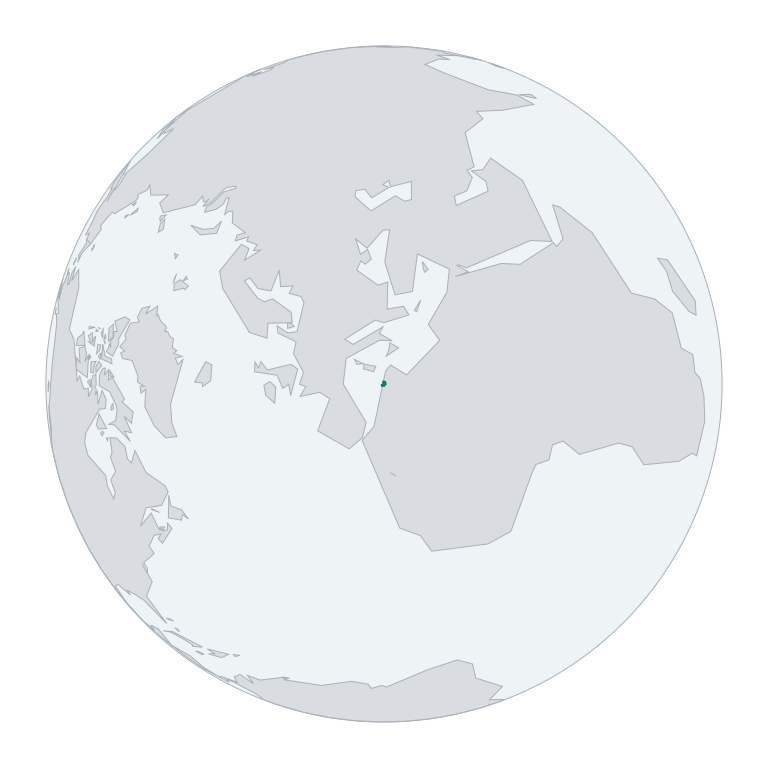 Skikda on an orthographic globe, rotated 293°
{"feature_id": "DZA-2166", "entity_name": "Skikda", "entity_type": "Province", "adm_level": 1, "iso_a3": "DZA", "parent_name": "Algeria", "parent_adm1": "", "projection": "orthographic", "projection_center": [6.827, 36.763], "detail": "fine", "context": "on_globe", "style": "filled", "palette": "teal", "viewbox_px": 768, "rotation_deg": 293, "n_neighbors": 0, "source": "natural_earth", "source_scale": "10m", "svg_char_len": 10995}
<svg xmlns="http://www.w3.org/2000/svg" viewBox="0 0 768 768"><g transform="rotate(293 384 384)"><circle cx="384" cy="384" r="338" fill="#eef3f6" stroke="#a8b0b8"/><path d="M193.6,104.9L215.3,92.9L206.3,98.3L213.3,95.0L225.1,88.4L231.1,85.0L271.5,71.2L311.8,59.1L320.6,55.1L321.7,56.8L335.9,50.2L355.3,47.4L335.7,51.0L335.5,51.9L349.9,49.6L352.7,50.2L361.3,49.7L363.5,50.9L351.9,53.9L353.1,54.9L363.2,53.4L371.7,54.3L356.7,56.2L370.1,58.2L353.2,65.5L311.3,73.0L304.1,81.1L266.9,100.4L272.5,100.8L262.0,109.5L264.5,113.5L256.9,116.8L265.5,117.3L272.0,113.6L278.0,112.8L280.1,115.1L270.7,119.4L268.3,118.8L266.6,121.3L261.0,122.6L265.0,123.3L253.4,128.7L267.9,127.0L261.1,134.3L252.6,137.1L249.7,132.0L222.7,128.6L213.2,131.3L202.7,139.3L190.9,163.7L182.0,169.2L172.6,180.2L179.2,178.9L188.9,170.0L198.9,171.0L209.5,160.9L215.2,160.2L227.6,152.6L229.7,159.2L225.1,170.1L214.8,177.1L212.5,182.4L225.5,180.7L209.6,199.5L204.6,222.7L200.1,227.5L185.3,226.7L177.0,213.3L157.9,215.5L174.3,220.0L162.6,233.3L162.4,238.4L165.4,241.6L171.4,239.1L168.2,245.3L150.8,242.3L153.4,236.6L158.9,237.3L154.9,231.5L143.1,231.1L138.1,238.7L125.6,232.6L121.8,238.2L117.0,240.5L123.8,231.7L111.4,247.9L95.8,248.3L78.6,277.6L91.2,247.3L93.0,237.2L93.7,228.4L90.7,232.9L95.6,217.3L93.1,215.5L81.9,233.2L72.0,254.5L67.5,269.0L70.9,263.6L70.4,271.9L60.6,290.4L58.0,311.9L52.4,329.7L50.3,345.0L51.5,351.3L52.0,365.4L55.8,360.5L60.5,364.8L57.0,381.1L62.4,372.2L63.1,385.8L74.6,405.8L72.8,407.9L82.0,444.1L97.8,470.6L101.4,486.5L98.9,491.5L105.7,499.8L105.9,504.6L138.0,535.8L158.6,559.3L160.9,574.9L149.2,583.3L151.9,611.2L134.5,604.5L139.0,613.9L140.6,618.4L123.5,599.3L108.0,578.9L94.0,557.5L81.7,535.0L71.1,511.7L62.4,487.6L55.4,463.0L50.4,437.8L47.3,412.4L47.0,408.5L46.4,396.9L48.7,387.1L50.9,362.2L50.8,354.6L49.0,358.0L51.5,328.7L56.1,306.9L66.7,267.8L76.6,243.6L88.5,220.2L102.1,197.7L117.4,176.4L134.3,156.4L152.7,137.7L172.5,120.5L193.6,104.9ZM73.5,286.1L70.9,319.8L67.6,310.0L69.1,309.7L70.8,299.0L72.2,284.3L70.6,277.1L73.5,286.1ZM83.1,279.7L83.2,275.2L83.8,278.5L83.1,279.7ZM233.4,83.6L225.0,88.3L213.4,94.5L219.9,90.3L233.4,83.6ZM256.0,73.9L253.0,75.8L245.4,78.0L249.5,76.2L256.0,73.9ZM326.3,52.6L319.0,54.3L325.1,52.6L326.3,52.6ZM362.1,49.5L363.3,49.0L367.3,49.1L362.1,49.5ZM225.6,149.6L226.5,151.1L223.8,151.7L225.6,149.6ZM230.1,145.1L226.2,144.8L227.7,142.6L230.1,142.9L230.1,145.1ZM374.2,51.1L380.2,51.8L372.1,51.6L374.2,51.1ZM234.6,146.1L231.0,138.9L233.8,135.3L245.3,133.3L234.6,146.1ZM382.4,52.5L397.1,55.0L401.0,53.8L398.4,59.2L386.8,54.9L376.1,54.5L382.4,53.7L382.4,52.5ZM273.2,111.6L266.3,115.5L270.1,110.2L273.2,111.6ZM274.1,108.4L277.1,94.9L288.2,90.8L284.9,95.8L297.8,89.4L301.7,93.9L295.6,98.5L287.6,100.1L295.2,100.7L274.1,108.4ZM394.6,62.3L396.5,63.6L392.3,62.9L394.6,62.3ZM280.6,112.1L280.2,109.5L289.9,105.6L292.4,110.2L288.5,109.9L280.6,112.1ZM299.2,85.7L306.8,84.0L312.1,87.1L315.7,86.9L302.8,93.7L299.2,85.7ZM287.4,112.0L293.4,112.7L290.8,116.8L281.7,114.5L287.4,112.0ZM291.3,102.8L296.0,101.3L294.2,103.6L291.3,102.8ZM285.0,132.6L284.3,128.9L289.2,126.5L285.0,132.6ZM295.9,112.8L296.7,111.4L298.6,110.2L302.0,111.6L295.9,112.8ZM307.4,95.6L308.0,97.5L313.0,93.0L317.2,95.6L307.7,99.8L313.6,99.1L314.9,99.9L305.7,102.5L307.4,95.6ZM311.0,109.5L300.5,116.5L300.7,123.4L296.3,125.7L296.8,114.2L311.0,109.5ZM308.7,105.1L309.1,108.2L303.4,109.1L299.6,107.6L308.7,105.1ZM323.4,96.0L319.4,90.9L321.6,90.2L323.4,96.0ZM312.2,111.3L314.7,109.6L312.9,111.6L312.2,111.3ZM321.2,100.3L319.5,98.5L322.0,97.7L321.2,100.3ZM321.1,108.0L317.7,110.1L315.0,109.0L321.1,108.0ZM322.1,104.3L326.0,103.7L316.1,107.3L320.9,103.6L322.1,104.3ZM323.9,99.9L324.8,98.9L324.2,100.8L323.9,99.9ZM333.3,111.5L321.5,116.2L315.6,113.5L327.8,109.2L333.3,111.5ZM620.9,143.0L626.3,148.5L618.0,140.5L619.0,142.5L613.0,137.2L623.8,149.4L615.7,142.5L628.1,156.2L632.6,159.0L626.1,150.2L640.3,166.1L644.4,168.8L650.9,176.7L666.8,199.0L680.8,222.4L689.3,239.8L691.9,245.3L691.4,245.7L698.1,262.6L703.6,274.2L713.5,308.9L712.2,310.0L717.2,332.2L718.4,335.1L719.9,347.0L719.2,342.1L718.7,342.0L715.0,323.6L707.3,304.0L708.4,318.2L704.7,307.8L694.2,296.8L693.8,317.0L695.6,365.1L701.9,393.4L699.9,412.6L682.4,386.3L671.1,362.6L666.9,371.4L647.1,360.4L619.1,382.1L613.2,377.0L608.4,384.7L594.1,384.6L584.4,375.3L576.6,380.7L602.1,404.5L610.2,398.8L614.3,381.2L620.1,391.3L633.6,393.9L625.5,432.0L580.9,483.1L573.4,462.9L523.1,414.5L522.9,406.7L522.5,406.0L521.7,404.6L520.3,417.9L510.6,407.5L540.8,444.9L547.3,462.5L580.3,484.7L578.0,489.4L587.6,492.1L614.8,469.2L615.6,476.5L604.7,516.5L564.3,576.3L568.0,600.0L562.1,621.6L533.1,643.7L531.8,656.7L516.2,665.6L512.7,672.9L498.1,683.1L475.1,693.8L440.0,699.9L440.8,694.9L427.9,685.4L411.2,654.7L423.2,636.9L421.3,623.1L395.6,591.3L401.5,571.2L393.8,562.9L378.5,565.5L369.3,555.3L359.8,555.0L297.9,558.4L277.4,542.1L248.7,493.2L258.6,476.8L257.5,454.8L323.5,385.9L340.8,391.4L396.6,380.4L404.1,382.7L401.2,401.2L446.0,418.3L456.1,401.5L493.1,406.0L515.3,399.3L516.8,363.9L480.3,374.0L470.4,359.3L496.7,337.0L528.1,328.9L525.2,323.0L502.4,315.3L506.5,301.2L494.1,311.7L501.5,316.4L493.9,323.5L486.8,319.7L488.5,314.6L478.2,314.4L472.6,340.0L479.4,347.6L454.2,357.6L463.2,371.6L457.4,380.0L440.2,359.7L439.5,351.1L409.9,330.4L408.4,340.2L436.2,360.7L428.8,360.0L426.9,374.7L422.6,362.9L392.7,339.2L368.0,346.5L341.7,382.5L326.2,385.1L310.7,377.3L315.0,341.2L349.3,339.8L351.3,328.3L339.8,311.6L351.2,313.0L350.8,306.4L363.3,305.3L376.5,288.9L388.5,286.5L389.5,266.5L395.8,262.9L393.4,275.5L398.2,283.5L427.7,278.5L432.1,273.5L430.4,261.2L438.7,262.0L433.2,250.8L448.0,243.0L425.4,243.6L422.7,230.6L429.3,219.1L424.3,215.3L413.6,234.2L413.0,241.9L418.9,248.0L413.7,270.7L404.5,275.6L394.6,253.4L380.4,258.4L378.9,240.0L409.0,198.1L423.7,188.5L456.9,198.1L455.9,206.8L443.5,207.4L458.9,218.0L455.8,211.7L462.7,212.8L461.9,201.7L466.7,202.0L457.7,191.3L463.5,190.5L469.2,197.2L473.0,181.4L484.0,177.4L482.5,173.8L477.8,171.1L495.0,168.6L493.1,166.1L486.8,165.9L479.0,161.0L471.9,151.7L478.2,151.4L481.7,154.6L498.3,161.6L506.4,171.1L508.3,170.1L502.8,161.8L482.4,153.2L476.4,147.9L486.3,150.6L482.2,149.2L481.2,146.5L486.1,143.6L475.3,140.2L455.4,113.9L462.9,106.8L473.9,111.5L466.7,95.6L475.7,90.7L469.8,90.2L462.4,83.5L459.5,84.8L456.1,84.2L435.7,69.6L435.8,66.6L420.4,61.6L417.4,61.6L416.4,63.4L398.4,59.2L401.0,53.8L407.7,53.9L404.8,51.1L420.5,52.2L432.1,52.5L451.1,56.6L458.6,57.2L456.6,56.2L465.3,56.9L490.4,63.4L479.1,62.5L443.2,57.5L458.7,59.4L457.9,60.7L465.0,62.6L475.7,64.3L475.3,63.4L506.1,77.8L537.1,90.6L528.4,83.6L531.5,83.1L559.1,95.9L607.4,131.5L611.9,134.5L615.9,138.2L620.9,143.0ZM304.9,424.1L304.1,430.9L304.1,431.0L304.9,424.1ZM564.5,337.3L581.2,330.0L568.1,312.9L573.4,309.0L567.0,304.9L567.0,311.8L550.6,300.0L555.7,290.2L550.8,282.2L545.0,284.4L538.2,304.4L561.7,320.9L560.3,331.4L564.5,337.3ZM75.1,406.3L76.1,411.8L73.9,408.7L75.1,406.3ZM64.7,314.9L65.3,319.5L64.8,324.2L63.8,321.7L64.7,314.9ZM76.1,351.1L78.0,357.4L75.0,353.6L76.1,351.1ZM71.1,324.8L74.5,346.7L68.7,341.5L67.0,327.9L69.6,333.4L71.1,324.8ZM77.8,286.7L77.6,290.5L76.0,292.5L77.8,286.7ZM83.6,282.3L83.2,281.5L84.3,277.8L83.6,282.3ZM163.7,233.5L164.9,233.9L166.8,238.1L163.7,238.1L163.7,233.5ZM189.0,246.9L183.3,256.8L185.2,249.4L179.6,250.8L176.6,237.8L197.6,229.3L188.6,235.2L189.0,246.9ZM178.4,219.1L178.0,227.6L177.7,218.7L178.4,219.1ZM336.0,273.9L341.6,278.0L338.9,285.6L323.6,290.9L327.4,279.6L336.0,273.9ZM350.3,282.2L344.7,260.0L354.0,256.6L349.7,262.1L356.4,262.1L351.3,271.1L365.7,290.5L364.2,298.7L336.8,302.6L346.5,296.5L340.4,292.5L350.3,282.2ZM314.1,216.6L311.8,208.9L334.9,211.1L334.4,218.1L319.1,223.2L310.7,218.0L314.1,216.6ZM255.6,144.7L253.3,143.1L255.9,141.7L260.0,142.0L255.6,144.7ZM284.2,131.1L268.7,151.0L265.2,150.0L260.3,164.0L249.2,166.8L252.7,157.5L240.5,170.7L239.2,163.4L232.0,173.0L241.0,151.8L239.4,146.5L245.4,151.2L255.7,148.5L259.7,145.8L269.7,134.4L271.2,122.4L281.7,118.6L288.6,119.2L289.8,121.4L282.7,123.0L289.5,124.9L280.0,129.1L284.2,131.1ZM364.1,138.1L355.3,137.2L367.3,145.4L357.9,148.0L359.9,148.8L354.6,153.8L351.5,161.4L346.7,161.7L347.6,164.6L344.0,168.3L343.6,172.5L334.9,174.8L333.7,180.3L330.2,178.3L330.5,187.4L326.4,181.8L321.4,186.5L328.0,189.4L282.0,195.4L265.8,203.6L254.6,213.9L249.1,203.9L256.1,188.5L269.6,172.7L286.0,166.8L280.5,163.9L286.7,160.3L288.4,164.1L289.5,156.3L295.1,154.5L307.2,142.9L305.3,133.6L309.6,129.5L313.2,132.3L315.0,126.3L324.7,129.1L328.0,126.4L340.9,126.8L345.7,134.5L349.1,130.9L359.0,131.6L364.1,138.1ZM336.9,111.8L344.8,119.5L343.6,125.0L321.8,122.1L317.4,124.1L303.4,123.3L305.4,115.6L309.3,116.4L313.4,115.5L311.1,118.3L316.1,115.4L321.6,116.7L326.9,115.0L328.0,117.8L336.9,111.8ZM410.6,375.2L416.0,375.3L424.1,373.5L423.0,383.2L410.6,375.2ZM389.9,359.3L394.6,357.7L397.0,369.6L391.3,369.7L389.9,359.3ZM395.1,347.1L394.6,356.7L391.5,351.6L395.1,347.1ZM397.5,273.6L402.2,271.5L403.5,274.2L401.9,278.9L397.5,273.6ZM397.8,165.8L392.9,163.7L393.8,162.0L387.8,153.9L394.3,151.8L400.4,155.8L397.8,165.8ZM511.8,371.5L506.6,379.9L502.7,377.8L505.3,375.3L511.8,371.5ZM463.6,383.2L475.7,385.0L463.2,385.8L463.6,383.2ZM403.8,162.1L400.6,158.9L405.9,159.8L403.8,162.1ZM398.7,149.8L404.5,150.0L394.4,150.6L398.7,149.8ZM609.1,596.3L582.1,638.1L569.2,644.4L570.0,636.5L582.1,613.4L598.0,600.2L606.7,586.6L609.1,596.3ZM721.7,371.5L720.3,363.5L720.5,356.9L720.9,357.5L721.7,371.5ZM703.0,395.0L708.0,406.1L706.3,412.9L703.0,395.0ZM695.3,252.5L697.6,258.8L696.1,255.2L692.0,245.2L695.3,252.5ZM454.6,144.1L455.7,157.3L460.8,166.5L470.4,170.8L457.3,171.0L449.5,156.7L454.6,144.1ZM454.6,117.4L446.2,114.5L449.4,112.6L451.8,113.0L454.6,117.4ZM449.9,117.8L440.4,120.5L435.4,116.9L443.9,115.5L449.9,117.8ZM422.4,140.1L422.3,144.0L418.0,143.0L422.4,140.1ZM563.4,97.6L550.9,90.4L545.8,87.3L563.4,97.6ZM544.7,86.9L547.3,88.6L527.2,81.7L521.2,79.5L532.9,81.4L536.1,83.3L542.3,86.1L544.7,86.9ZM399.4,63.0L396.7,63.6L397.2,62.4L399.4,63.0ZM454.7,85.1L450.2,84.0L450.8,82.3L454.7,85.1ZM438.0,80.4L440.4,83.1L435.2,80.3L438.0,80.4ZM446.2,89.4L440.1,84.2L449.7,89.0L446.2,89.4Z" fill="#d9dde1" stroke="#a8b0b8" stroke-width="1"/><path d="M381.3,383.0L381.3,382.9L381.3,382.7L381.6,382.3L381.7,382.2L381.9,382.1L382.1,382.1L382.3,382.0L382.5,382.1L382.7,382.3L382.8,382.4L382.9,382.7L382.9,382.8L383.0,382.7L383.1,382.8L383.3,382.8L384.0,382.9L384.1,383.0L384.3,383.1L384.2,383.2L384.4,383.2L384.6,383.3L384.7,383.2L385.1,383.1L385.3,383.0L385.6,383.1L385.8,382.8L386.0,382.7L385.8,382.3L385.7,382.1L385.8,382.1L386.0,382.1L386.3,383.0L386.5,383.2L386.5,383.3L386.5,383.5L386.6,383.8L386.6,384.2L386.5,384.3L386.4,384.3L386.4,384.5L386.2,384.7L385.9,384.8L385.4,385.0L385.2,385.3L385.2,385.5L384.8,385.7L384.6,385.8L384.2,385.9L384.0,385.7L384.1,385.4L384.3,385.3L384.4,385.2L383.8,385.2L383.6,385.2L383.3,385.0L383.3,384.9L383.2,384.9L382.9,385.1L382.6,385.1L382.3,385.1L382.3,384.8L382.4,384.6L382.1,384.4L381.8,384.1L381.7,383.9L381.7,383.7L381.6,383.4L381.4,383.4L381.4,383.2L381.3,383.0Z" fill="#14b8a6" stroke="#0f766e" stroke-width="1.5"/></g></svg>